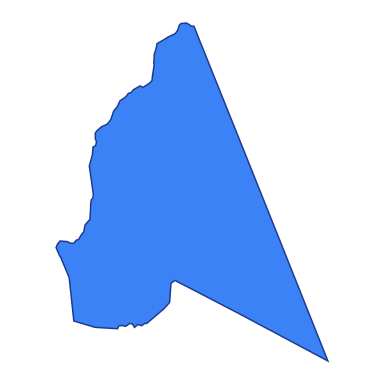 outline of Rusape, Manicaland, Zimbabwe
{"feature_id": "62879985B51591282802552", "entity_name": "Rusape", "entity_type": "district", "adm_level": 2, "iso_a3": "ZWE", "parent_name": "Zimbabwe", "parent_adm1": "Manicaland", "projection": "equal_earth", "projection_center": [32.12, -18.535], "detail": "fine", "context": "isolated", "style": "filled", "palette": "blue", "viewbox_px": 384, "rotation_deg": 0, "n_neighbors": 0, "source": "geoboundaries", "source_scale": "gbopen_adm2", "svg_char_len": 1185}
<svg xmlns="http://www.w3.org/2000/svg" viewBox="0 0 384 384"><path d="M150.0,82.8L143.0,87.4L140.1,85.9L133.3,89.8L131.2,92.6L128.6,93.2L125.4,97.2L119.9,100.9L117.4,106.5L113.7,111.0L110.8,119.6L107.2,124.2L101.4,126.8L96.7,131.0L95.3,133.2L95.3,138.5L96.5,142.0L95.6,145.7L93.0,147.1L92.4,154.9L89.3,165.9L90.2,172.2L93.3,193.8L93.2,194.0L93.2,194.3L93.0,197.8L91.3,200.0L90.8,203.1L90.6,206.7L90.6,207.7L89.9,219.4L87.2,222.5L85.1,224.9L83.7,232.0L81.9,233.9L78.5,239.6L76.4,240.1L73.7,243.3L70.3,243.2L67.4,241.6L60.0,241.0L57.6,243.9L56.1,247.6L59.7,256.0L60.2,256.2L60.7,257.3L69.2,277.7L73.7,319.8L73.8,321.0L94.9,327.3L100.9,327.7L117.6,328.7L118.6,326.0L121.7,325.5L125.7,326.3L129.4,323.6L132.4,323.9L134.5,327.4L137.9,324.5L138.0,324.5L141.7,325.7L144.9,323.3L146.7,323.5L164.1,308.6L164.8,307.8L169.6,302.4L171.0,283.3L174.9,280.4L179.7,282.9L180.9,283.5L238.4,313.3L327.9,361.0L279.5,239.6L242.1,146.2L199.4,39.9L194.0,26.3L191.0,25.9L186.7,23.0L181.1,23.5L179.4,25.0L177.8,30.0L175.3,33.6L168.6,36.7L163.4,40.0L157.0,43.6L156.1,48.6L154.3,54.1L153.8,63.4L154.2,64.8L152.2,77.9L152.2,78.5L152.1,80.4L150.0,82.8Z" fill="#3b82f6" stroke="#1e3a8a" stroke-width="1.5"/></svg>